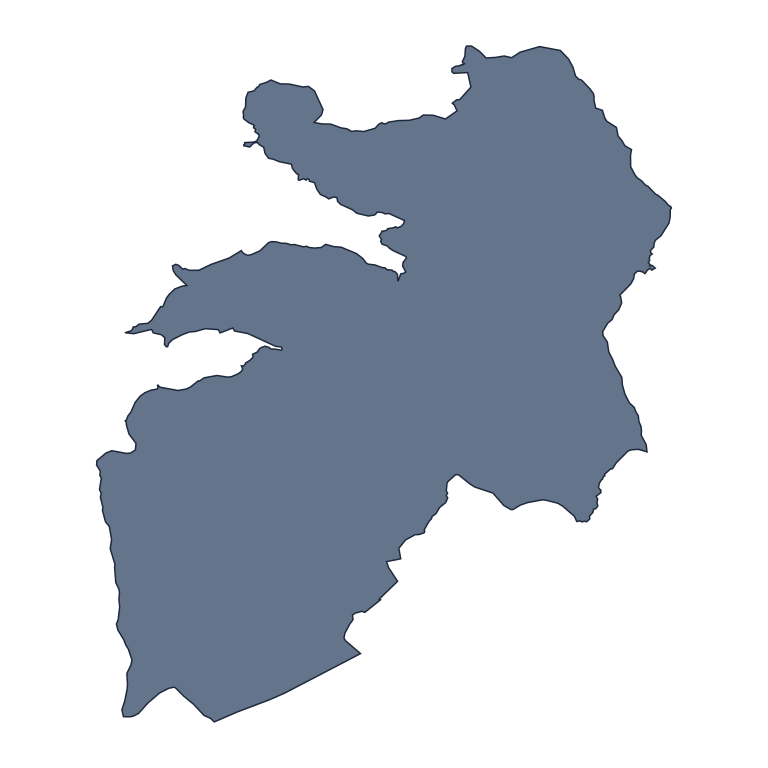 outline of Teliucu Inferior, Hunedoara, Romania
{"feature_id": "2599482B31599362793589", "entity_name": "Teliucu Inferior", "entity_type": "district", "adm_level": 2, "iso_a3": "ROU", "parent_name": "Romania", "parent_adm1": "Hunedoara", "projection": "robinson", "projection_center": [22.87, 45.686], "detail": "fine", "context": "isolated", "style": "filled", "palette": "slate", "viewbox_px": 768, "rotation_deg": 0, "n_neighbors": 0, "source": "geoboundaries", "source_scale": "gbopen_adm2", "svg_char_len": 6080}
<svg xmlns="http://www.w3.org/2000/svg" viewBox="0 0 768 768"><path d="M641.5,431.4L641.0,426.4L638.9,421.5L638.3,415.7L635.8,411.7L634.3,407.5L629.4,402.9L624.9,394.1L622.3,384.5L621.8,377.3L615.3,366.4L612.6,359.4L608.8,352.0L607.3,341.9L603.0,335.5L602.7,331.6L607.7,323.2L612.2,319.4L614.1,314.8L618.8,309.7L621.7,302.9L620.6,296.6L619.8,295.2L630.6,284.2L633.6,278.9L634.5,273.8L636.9,271.6L638.7,271.0L642.4,271.8L645.0,273.6L647.4,270.1L649.4,268.7L650.4,268.6L651.7,270.1L655.2,268.2L652.4,265.6L651.0,265.2L649.8,266.0L649.9,264.4L648.3,262.7L649.7,260.6L649.3,258.3L650.0,255.6L652.2,254.0L651.1,253.2L650.3,250.8L653.8,247.1L654.1,243.3L655.4,240.3L661.0,235.7L668.9,223.2L670.1,217.8L670.3,209.5L671.4,208.2L670.7,206.5L668.6,205.4L665.2,201.4L658.1,195.4L655.5,194.1L648.2,186.5L645.3,185.0L641.8,181.0L637.2,177.8L635.0,174.9L630.7,166.9L630.5,155.4L631.5,149.6L624.9,145.8L621.9,140.6L618.1,136.0L616.4,127.4L606.7,121.2L604.8,118.0L602.4,110.3L595.7,108.1L593.9,100.0L594.1,96.7L593.4,93.6L589.9,88.8L582.3,80.8L580.8,79.7L578.9,79.4L575.5,76.0L572.9,67.0L568.5,59.0L560.4,50.5L539.6,46.6L520.1,52.2L511.7,57.7L504.1,56.0L495.7,57.4L486.1,58.0L479.5,51.3L471.6,46.1L466.5,46.1L465.4,48.8L464.9,56.2L462.4,61.6L462.6,62.8L464.4,63.6L463.7,64.5L460.6,65.0L460.0,65.7L455.4,66.3L451.9,68.6L452.0,71.8L453.6,73.3L467.7,72.6L470.9,87.1L459.7,99.6L456.6,99.8L452.3,103.2L454.4,105.1L457.0,110.9L445.4,119.0L433.4,115.3L423.4,115.0L419.2,118.0L409.2,120.3L398.3,120.6L388.7,122.1L385.5,123.9L382.2,123.3L381.9,122.7L378.9,124.1L375.1,128.3L363.9,131.5L355.9,130.8L351.6,131.5L347.0,128.8L341.1,127.9L330.8,124.1L321.6,123.9L314.1,122.5L321.5,114.9L323.0,109.5L314.5,90.9L308.4,86.4L302.9,87.0L289.0,84.0L280.3,83.9L270.9,80.0L266.4,82.4L259.9,84.4L258.2,86.9L257.0,87.3L254.1,90.8L248.1,92.3L245.9,97.8L245.5,107.2L243.3,110.8L243.1,112.5L243.6,114.9L243.3,117.5L243.9,119.0L249.0,122.8L253.6,124.9L254.4,126.0L253.5,127.1L253.8,128.0L255.6,129.2L255.0,131.8L258.9,134.6L259.0,136.8L256.6,141.1L253.5,142.1L244.7,142.6L244.8,143.9L243.7,144.9L243.9,145.8L249.8,147.0L253.9,142.9L257.4,142.5L259.3,144.6L263.7,147.3L265.1,153.5L268.6,158.3L273.2,159.2L279.0,161.6L291.4,164.2L292.5,168.6L296.5,173.6L298.5,174.5L298.2,179.6L299.0,180.3L303.9,178.7L306.0,180.2L307.6,178.6L309.3,179.7L309.4,181.2L314.5,182.6L316.8,189.1L320.4,194.5L325.9,196.9L328.7,198.9L333.7,197.0L336.9,197.6L337.6,201.4L340.6,204.4L352.5,209.8L356.8,213.3L368.3,216.0L374.0,215.1L375.6,214.3L377.1,212.1L382.2,212.5L385.0,213.9L388.9,213.5L404.6,220.6L403.4,224.0L401.2,226.3L397.3,227.9L395.6,226.7L393.8,227.7L387.6,228.7L387.6,229.6L385.5,230.7L381.7,231.3L381.6,232.4L379.2,235.9L381.4,239.3L380.7,241.4L382.1,244.2L387.4,246.0L389.4,248.2L393.6,250.9L405.9,256.5L406.4,258.0L403.1,262.4L402.6,266.0L405.7,271.9L404.1,273.2L400.8,273.8L398.2,280.7L397.7,280.3L397.5,274.4L394.9,271.5L393.5,271.5L392.1,270.1L386.9,269.7L385.1,267.8L382.5,267.7L374.8,264.9L368.5,264.2L366.4,263.2L362.8,258.5L356.5,253.6L341.2,247.2L334.2,246.7L325.7,244.4L321.2,247.5L314.5,248.1L308.8,247.4L306.7,246.3L303.2,246.8L294.5,244.5L291.2,244.8L286.0,243.3L281.1,243.2L276.6,241.9L271.7,241.6L268.7,242.5L260.0,250.8L252.1,254.3L248.0,255.4L246.2,254.8L243.0,253.0L241.3,250.6L229.2,258.0L211.1,264.4L198.8,270.3L189.1,270.3L184.9,268.5L182.6,269.1L178.8,265.4L175.7,264.3L172.5,265.9L173.2,270.5L175.8,274.8L186.9,285.5L182.3,286.1L174.9,288.9L169.5,294.0L166.5,298.0L162.8,306.8L160.6,306.6L151.7,320.1L148.0,323.3L139.2,324.1L135.6,326.8L133.3,326.9L132.3,329.5L131.0,330.9L124.9,332.7L133.7,333.7L151.6,329.4L153.3,332.9L161.4,334.7L164.8,337.8L164.5,344.6L166.3,346.8L167.6,346.7L168.8,343.2L172.6,339.6L182.0,334.8L189.4,332.0L195.3,331.5L205.2,328.7L218.3,329.6L220.1,332.9L232.8,328.0L234.5,331.0L248.0,333.6L275.3,346.2L281.6,347.2L282.0,349.6L281.1,350.1L274.5,349.0L271.2,349.2L269.2,347.5L265.1,346.2L262.1,347.2L259.8,348.4L257.0,352.2L252.5,354.3L253.1,356.3L252.7,357.5L250.0,360.3L245.6,362.9L245.4,364.0L243.4,366.1L241.4,365.8L242.7,369.4L241.3,371.4L238.3,373.7L231.2,376.8L227.6,377.1L216.9,375.5L204.2,377.8L199.4,381.0L198.2,380.9L190.3,387.1L186.3,389.0L178.1,390.5L160.0,387.2L157.9,385.1L157.5,385.3L157.9,388.2L157.1,389.1L151.1,390.1L144.9,392.7L140.2,396.1L135.1,402.5L130.9,412.1L128.0,415.8L126.4,419.9L125.2,420.9L126.1,421.8L126.5,425.5L129.0,434.0L136.0,443.5L135.4,449.9L130.7,453.0L126.4,453.4L111.7,450.7L106.0,453.0L96.9,460.6L96.6,465.1L100.3,471.1L99.9,475.5L101.3,478.2L99.5,489.6L101.2,493.3L100.4,497.3L103.0,507.8L102.4,510.2L105.5,521.8L109.3,526.5L111.6,539.4L110.2,548.6L115.0,564.5L114.6,567.2L115.8,582.6L118.8,588.9L119.5,592.3L118.9,599.4L119.7,606.5L118.2,619.6L116.4,624.1L117.9,630.1L123.7,639.6L125.9,645.2L128.3,649.0L132.0,659.9L130.9,665.1L126.9,673.3L127.5,685.0L127.1,689.2L124.9,700.4L121.9,709.9L123.5,716.7L130.2,716.8L133.7,716.0L138.5,713.5L147.8,703.1L159.5,693.0L168.7,688.3L173.9,687.2L175.4,687.8L183.8,696.2L193.4,704.1L204.0,715.4L210.5,718.4L214.3,721.9L237.2,712.0L269.6,699.7L284.7,693.1L360.5,653.6L345.5,640.7L344.0,638.2L344.9,633.2L349.4,624.7L353.0,619.7L352.5,615.0L355.3,613.1L361.9,611.3L364.8,612.4L380.5,599.8L379.2,599.1L397.6,581.3L388.5,567.5L386.5,561.6L400.7,558.8L398.8,548.3L405.6,539.9L415.1,534.7L419.1,534.5L424.2,532.8L424.7,531.4L424.3,529.6L429.2,521.1L431.5,518.8L432.0,516.6L436.0,513.6L439.7,507.4L445.7,502.6L447.7,497.9L446.2,495.5L447.6,493.3L446.3,490.8L447.0,483.5L447.7,481.8L455.9,474.5L458.8,475.0L470.2,484.2L475.2,487.2L493.0,493.1L503.7,505.4L510.9,509.6L512.9,509.6L520.3,505.1L528.0,502.5L542.7,499.8L546.8,500.4L558.0,503.3L562.5,506.0L574.3,516.2L576.8,521.5L579.8,520.9L582.1,521.9L584.3,521.2L586.7,521.8L589.8,518.9L589.4,516.3L592.9,512.4L593.6,509.1L595.8,508.7L597.8,506.0L597.0,502.6L597.7,499.0L596.0,496.3L600.8,492.7L600.9,490.3L598.5,487.7L599.3,483.3L601.6,479.6L602.3,479.4L603.5,476.6L604.9,475.8L604.5,474.3L610.1,469.3L612.6,468.6L616.1,463.0L628.0,451.0L631.6,449.8L638.4,449.3L647.0,451.9L646.2,444.6L641.1,435.1L641.5,431.4Z" fill="#64748b" stroke="#1e293b" stroke-width="1.5"/></svg>